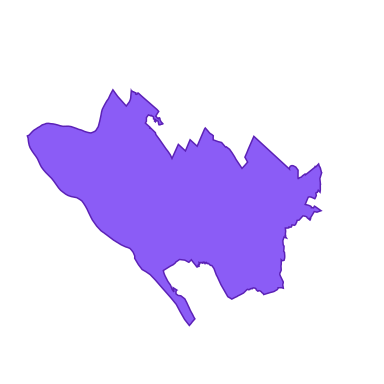 the district of Sēlpils pag., Salas, Latvia, rotated 244°
{"feature_id": "27541924B86071798141499", "entity_name": "Sēlpils pag.", "entity_type": "district", "adm_level": 2, "iso_a3": "LVA", "parent_name": "Latvia", "parent_adm1": "Salas", "projection": "equal_earth", "projection_center": [25.628, 56.531], "detail": "fine", "context": "isolated", "style": "filled", "palette": "violet", "viewbox_px": 384, "rotation_deg": 244, "n_neighbors": 0, "source": "geoboundaries", "source_scale": "gbopen_adm2", "svg_char_len": 5825}
<svg xmlns="http://www.w3.org/2000/svg" viewBox="0 0 384 384"><g transform="rotate(244 192 192)"><path d="M314.6,68.6L312.2,68.3L310.4,67.6L308.3,66.9L305.5,66.2L302.8,65.9L299.3,66.2L295.3,66.8L292.8,67.3L289.5,67.7L282.8,67.5L280.4,67.6L277.1,68.2L273.7,69.1L265.8,71.8L262.1,72.6L254.1,73.9L251.1,74.7L248.4,76.0L245.5,77.5L243.2,79.1L240.9,81.4L237.4,86.0L234.5,87.9L232.3,89.1L229.7,89.6L226.3,90.0L222.7,90.2L219.0,90.1L213.6,90.1L210.5,90.2L203.1,91.4L197.1,93.2L190.9,96.5L183.0,100.5L175.6,105.2L171.9,108.2L170.3,109.9L168.5,111.5L166.1,112.2L163.7,112.7L159.6,112.5L157.5,111.4L156.4,111.5L150.3,112.0L144.2,113.2L140.5,115.7L136.1,118.2L128.9,120.5L119.1,123.1L106.4,126.6L97.9,128.6L89.5,128.9L80.7,129.5L73.2,131.1L74.3,133.7L75.1,135.2L76.7,139.0L78.4,138.8L81.7,138.8L85.1,138.6L87.3,138.6L88.9,138.7L91.3,138.7L94.7,138.8L99.1,138.7L103.6,136.5L105.2,134.1L107.5,133.0L108.3,133.4L109.0,133.6L109.8,134.2L110.1,134.5L110.5,135.1L110.5,135.4L114.1,133.2L110.1,131.9L113.4,131.4L113.7,131.5L114.7,131.6L116.9,131.8L118.1,131.8L121.0,131.3L122.7,131.1L128.8,131.0L131.4,131.2L134.0,131.8L134.9,140.3L134.9,143.2L135.5,145.7L136.1,146.7L136.8,151.2L133.9,155.7L130.5,158.1L130.2,158.4L131.4,161.7L129.1,162.1L124.2,163.2L122.8,163.4L122.4,163.6L122.3,164.0L123.0,164.6L123.0,164.8L122.7,165.1L122.2,165.3L122.1,165.5L122.2,165.9L122.4,165.9L123.4,165.7L123.9,165.9L123.9,166.1L123.5,166.7L123.6,166.9L123.7,167.0L123.9,167.0L124.8,167.1L125.1,167.2L125.3,167.3L124.7,167.5L124.4,167.7L124.5,167.9L125.0,168.1L125.1,168.4L125.0,168.5L124.7,168.8L124.6,169.4L124.5,169.5L123.7,169.9L123.4,170.3L123.5,170.6L124.1,170.5L124.0,170.9L123.4,171.2L123.1,171.5L123.6,171.9L123.7,172.0L123.1,172.6L122.4,172.4L122.1,172.4L122.5,172.9L122.4,173.0L122.1,173.3L122.4,174.0L122.2,174.1L121.5,174.1L121.1,174.2L120.9,174.4L120.8,174.6L120.9,174.9L120.9,175.1L119.9,175.7L118.0,176.4L117.2,177.6L113.6,178.2L106.8,177.5L104.6,177.6L95.9,177.4L82.2,178.3L80.5,179.4L80.5,179.5L78.3,180.8L78.4,185.1L78.3,186.5L78.5,187.6L78.5,190.6L78.6,193.5L78.6,194.0L79.4,196.4L80.2,198.5L80.2,199.2L80.0,199.6L79.5,199.7L79.0,201.1L79.4,201.8L79.5,202.1L79.4,202.3L79.1,202.6L79.2,202.8L79.2,203.2L79.1,203.5L78.8,203.8L78.6,204.0L79.0,204.7L79.0,204.8L79.0,205.0L78.5,205.8L77.7,206.7L77.4,206.9L76.9,207.0L75.9,206.9L74.9,207.3L74.0,207.7L73.9,207.9L74.1,208.2L74.1,208.8L73.8,209.3L72.7,210.2L72.1,210.5L71.0,210.7L70.1,211.2L69.3,211.5L68.4,211.5L67.3,218.5L66.8,220.8L66.6,222.4L66.7,223.2L66.9,225.8L67.9,227.6L68.1,227.6L66.7,230.6L65.5,231.9L68.5,232.8L69.4,233.3L70.4,234.2L71.2,234.6L76.1,234.6L77.6,234.6L79.3,234.7L79.7,234.9L80.6,235.4L80.7,235.7L82.4,237.7L82.8,238.0L86.4,239.5L88.2,240.7L90.5,241.8L92.0,242.5L90.8,243.0L90.5,243.3L90.3,244.9L92.1,246.4L93.8,247.3L97.3,248.7L98.5,248.4L100.6,249.7L103.0,251.0L104.2,250.8L105.1,251.0L106.6,251.6L108.4,252.3L111.1,254.9L109.3,256.7L111.8,256.5L111.9,257.1L113.1,257.4L115.7,259.0L118.7,260.1L117.8,261.9L117.8,262.0L117.4,262.9L117.4,263.5L118.0,263.7L117.0,265.7L117.3,266.4L118.6,267.4L118.0,268.4L117.2,269.4L117.3,270.7L118.2,271.7L118.9,272.7L119.5,273.3L120.4,274.0L119.8,276.0L121.9,281.2L121.5,281.9L120.4,283.3L119.4,284.2L118.5,284.2L115.6,285.5L116.3,285.9L115.4,286.3L116.4,287.2L116.9,287.3L120.8,293.3L119.1,295.5L118.6,299.8L124.8,296.4L125.6,295.8L124.5,294.3L125.6,292.4L126.1,292.8L127.2,292.5L129.0,290.9L131.2,288.3L136.4,294.2L136.1,295.6L135.2,296.8L133.6,298.2L132.1,299.4L132.7,300.4L133.0,300.6L134.3,302.2L136.7,302.8L137.0,304.0L136.7,304.5L138.2,306.2L135.7,307.0L137.5,308.2L143.1,310.9L143.0,311.0L148.0,312.8L152.6,317.1L153.4,317.0L155.3,317.5L156.2,317.5L156.7,317.8L158.3,317.9L159.3,317.7L161.7,318.1L160.3,314.3L161.0,313.9L160.3,312.9L159.2,308.1L157.7,301.6L158.6,301.5L158.1,298.4L157.5,297.0L157.7,295.1L157.6,294.4L157.4,293.7L157.6,293.3L159.1,293.9L165.1,296.9L168.9,296.2L171.2,294.5L171.5,294.1L172.0,293.2L172.1,292.1L172.0,291.5L170.8,289.9L169.9,289.6L214.9,272.0L205.6,261.1L203.4,258.7L200.1,254.8L194.5,255.1L192.9,251.4L191.3,247.3L199.2,246.2L202.3,245.8L205.0,245.7L209.6,245.2L213.9,244.5L217.6,242.6L217.7,241.8L223.5,240.3L225.9,237.5L229.6,233.9L230.3,234.3L231.3,234.7L233.3,235.8L235.0,235.0L236.2,234.2L236.7,233.9L237.9,233.5L239.8,233.1L243.7,232.0L243.2,231.0L230.9,216.7L239.8,213.2L231.8,204.1L240.8,200.6L230.9,188.7L234.9,188.8L239.1,188.2L242.5,187.5L253.6,185.8L259.5,184.7L261.4,185.1L267.9,182.8L267.6,182.5L267.5,182.3L267.6,182.2L268.0,182.0L268.3,182.2L268.7,182.6L274.4,180.3L275.5,182.0L278.8,183.6L280.4,186.6L278.4,188.5L278.7,188.9L276.5,190.3L274.5,189.5L273.5,190.5L273.3,190.8L272.8,190.2L272.3,189.4L271.1,189.9L271.2,190.0L271.4,190.7L272.0,191.2L272.0,191.4L270.5,192.6L267.4,191.8L266.9,191.8L266.8,192.0L266.4,192.6L266.5,192.9L266.2,194.6L266.1,194.9L266.0,195.3L266.0,195.7L266.1,195.8L268.6,195.0L270.6,194.9L272.3,195.4L272.9,195.3L273.0,195.2L273.2,194.8L272.6,193.7L273.8,193.3L275.6,192.9L275.9,192.7L276.4,193.1L276.8,193.8L277.9,195.5L279.0,197.4L281.5,196.7L299.7,189.0L303.7,187.4L304.7,186.9L304.0,185.4L304.2,184.6L304.7,184.3L305.7,185.0L306.9,183.8L307.3,183.7L307.6,183.5L308.1,182.8L308.4,182.5L308.9,182.4L308.8,181.8L309.6,181.8L303.2,178.0L301.7,176.7L300.4,175.1L298.1,170.6L310.5,167.1L318.5,165.7L317.1,163.7L315.6,161.6L312.5,157.8L311.1,155.2L309.4,152.7L307.6,150.2L305.6,147.6L303.7,145.9L301.2,144.1L296.2,140.2L291.8,136.4L290.9,134.9L289.7,133.1L289.1,131.3L289.2,128.8L289.4,127.0L290.5,125.4L291.9,123.7L293.6,121.9L296.1,119.8L298.0,117.6L299.8,116.0L301.6,114.2L303.8,112.0L305.3,109.8L307.6,104.8L309.3,102.6L311.1,100.7L312.8,98.7L314.1,97.0L315.3,95.0L316.7,93.0L317.5,91.0L317.6,89.2L318.0,86.8L317.5,83.9L317.4,81.5L317.1,79.6L316.9,77.3L316.4,75.3L315.5,73.0L314.5,70.5L314.6,68.6Z" fill="#8b5cf6" stroke="#5b21b6" stroke-width="1.5"/></g></svg>